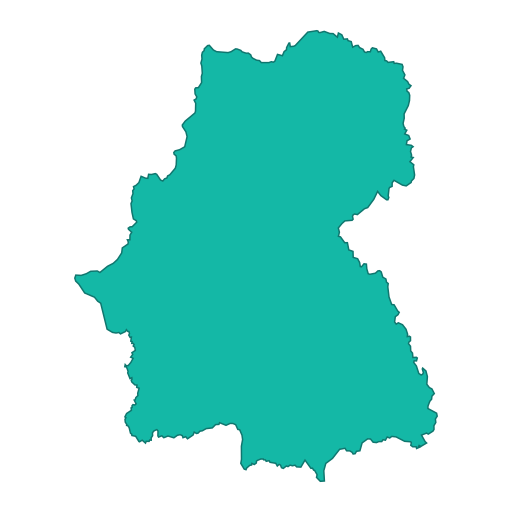 Maevatanana, Betsiboka, Madagascar (Mercator projection)
{"feature_id": "10022922B61824869015313", "entity_name": "Maevatanana", "entity_type": "district", "adm_level": 2, "iso_a3": "MDG", "parent_name": "Madagascar", "parent_adm1": "Betsiboka", "projection": "mercator", "projection_center": [47.013, -17.22], "detail": "fine", "context": "isolated", "style": "filled", "palette": "teal", "viewbox_px": 512, "rotation_deg": 0, "n_neighbors": 0, "source": "geoboundaries", "source_scale": "gbopen_adm2", "svg_char_len": 5999}
<svg xmlns="http://www.w3.org/2000/svg" viewBox="0 0 512 512"><path d="M420.9,446.4L426.6,443.0L425.1,441.6L421.5,435.1L426.5,433.1L428.3,434.1L433.0,431.1L434.0,429.4L433.9,425.7L435.8,422.5L435.4,419.0L437.2,416.2L436.6,413.2L427.9,408.5L428.0,406.0L429.8,401.3L431.6,399.2L431.9,396.2L434.3,393.6L431.9,388.9L429.4,387.6L426.8,384.2L427.4,376.6L425.9,370.9L422.7,368.1L422.3,369.0L423.4,372.8L422.6,374.2L421.2,375.0L418.8,373.5L416.4,366.0L413.7,362.4L414.2,360.8L416.5,360.9L417.3,358.0L416.4,357.3L412.9,357.5L412.5,353.1L410.7,350.9L410.5,346.2L408.5,343.7L408.8,342.2L410.5,340.7L410.5,337.0L409.3,336.2L407.3,336.6L407.6,334.2L406.0,329.2L402.5,324.7L398.3,322.8L396.2,324.1L394.6,322.0L395.3,316.7L398.0,314.7L399.2,312.3L397.7,311.0L394.1,304.8L391.7,304.5L389.0,297.0L387.8,286.8L388.2,283.5L386.5,282.2L385.9,279.0L382.8,277.2L381.2,271.9L379.7,270.7L377.9,270.9L375.4,273.2L369.8,274.3L368.2,273.7L366.8,268.9L366.4,264.1L364.0,263.8L361.5,266.8L360.3,266.6L359.6,262.5L357.6,258.7L353.2,257.4L353.0,251.4L348.8,249.9L347.4,242.7L344.7,242.7L340.5,236.9L338.4,236.3L339.4,232.2L338.3,228.0L342.0,223.5L344.9,220.9L352.1,220.3L353.1,219.2L352.5,216.3L353.2,214.8L354.6,214.0L357.4,214.6L364.5,208.7L367.7,207.6L373.8,199.3L377.6,191.4L380.8,195.6L386.6,199.8L387.9,199.8L388.8,197.5L388.2,195.9L389.0,188.5L389.7,187.4L392.1,186.4L392.2,182.7L394.0,180.3L402.4,185.1L406.2,185.9L411.1,182.5L411.5,180.9L413.9,178.5L414.6,175.0L413.4,166.8L413.8,164.8L409.9,161.7L413.2,157.5L411.1,157.0L411.6,155.2L410.5,151.5L411.4,147.9L413.1,146.7L411.3,145.3L406.4,144.6L407.0,140.8L410.1,139.0L408.7,135.5L404.7,133.9L406.8,130.2L404.5,129.1L405.1,128.1L403.9,126.6L403.1,123.4L404.2,118.3L404.1,113.9L408.3,105.6L409.5,100.5L409.7,95.3L408.8,92.6L407.0,91.1L406.7,88.9L409.1,88.3L411.0,85.7L408.9,84.2L407.6,81.6L403.6,78.3L404.9,74.9L402.5,70.4L403.0,66.8L402.1,64.4L396.5,63.2L394.2,63.4L393.7,61.7L388.1,62.4L386.6,60.9L384.9,60.5L384.6,57.7L380.7,51.2L378.2,52.0L376.5,48.9L372.4,47.8L371.2,49.0L370.3,51.8L367.5,51.7L366.3,52.5L364.5,52.0L363.0,49.3L359.6,47.6L358.1,45.4L355.7,45.6L352.7,47.2L351.2,41.6L348.0,40.6L347.4,38.9L343.8,39.2L341.8,34.8L338.4,33.0L337.4,37.2L333.1,33.6L329.8,33.5L324.2,31.4L320.0,32.6L318.6,32.4L318.0,31.1L316.9,30.7L307.8,32.1L295.2,45.6L293.6,46.3L290.3,46.6L289.7,43.0L288.9,43.1L286.6,47.6L286.5,49.7L284.1,51.6L282.4,55.7L277.5,54.4L274.9,61.1L273.4,62.2L271.4,61.7L268.9,62.6L261.3,62.6L259.5,60.6L256.6,60.2L252.9,58.3L251.5,57.0L250.7,54.8L248.3,53.1L246.1,53.2L242.0,51.8L240.8,50.4L237.1,49.0L235.5,48.9L231.1,51.7L228.1,52.6L216.6,51.7L213.4,50.0L209.3,45.3L207.6,45.6L204.3,48.8L204.2,50.5L202.4,52.3L201.7,55.2L202.0,59.0L200.9,63.1L201.8,66.0L202.3,73.4L201.4,76.5L201.6,82.6L198.4,87.6L195.6,87.9L194.8,89.2L195.1,93.9L196.8,96.9L196.1,98.9L194.1,100.1L195.7,103.3L195.5,111.2L194.9,113.0L185.2,121.1L182.3,125.0L182.5,126.6L185.9,131.8L187.1,136.6L184.7,146.8L179.6,149.7L175.1,150.9L173.8,152.5L174.1,154.2L176.1,155.8L176.5,158.1L176.2,165.0L175.3,168.2L169.8,174.8L167.6,175.9L166.9,178.0L164.6,178.8L162.8,181.0L160.6,180.1L156.7,174.3L155.3,173.6L151.4,174.5L148.6,174.3L147.8,178.3L145.6,178.2L141.1,176.3L138.9,182.6L136.1,185.3L133.5,186.6L134.1,188.9L132.7,190.7L133.0,193.6L131.4,197.9L132.1,201.0L131.0,203.6L132.0,212.4L133.4,218.9L136.3,220.7L136.7,222.2L132.2,226.7L130.0,226.9L128.2,228.2L128.5,229.3L131.7,232.2L130.0,235.1L129.9,239.8L127.4,239.8L128.3,242.0L128.0,244.0L122.3,247.9L121.7,252.9L117.5,259.4L113.3,263.3L107.5,266.3L99.9,272.5L97.3,271.0L90.7,271.3L86.4,273.7L81.2,275.4L75.8,275.1L74.8,278.1L75.7,281.1L78.8,284.1L84.7,293.0L94.5,297.2L97.7,301.2L100.7,303.2L107.1,329.2L112.5,332.4L116.0,333.0L119.0,332.5L120.5,333.9L125.5,331.5L126.4,329.7L127.8,331.4L128.9,331.5L129.5,333.7L128.8,335.1L130.1,337.4L131.4,337.1L130.8,341.2L132.1,341.7L131.8,343.4L133.3,343.5L134.1,344.6L133.2,346.0L134.8,347.3L135.3,350.4L131.9,352.7L132.7,354.5L130.7,357.2L133.1,358.3L130.8,362.5L128.2,365.6L126.2,365.7L125.2,364.6L124.8,366.7L126.2,366.8L127.1,368.5L128.1,371.4L127.7,372.9L130.0,378.6L131.8,377.7L132.0,379.3L131.2,380.2L131.8,382.0L134.9,384.9L137.0,385.1L136.7,387.4L139.1,388.2L137.7,393.3L137.9,395.6L135.9,397.5L135.1,399.9L134.2,400.1L136.1,403.8L134.8,405.0L133.0,404.6L132.0,405.8L132.1,407.5L131.1,407.9L131.4,410.3L126.6,413.5L124.9,416.9L125.9,417.7L125.0,419.4L125.3,422.2L126.7,424.3L126.6,425.4L127.6,425.5L129.1,427.5L130.5,433.2L131.6,434.0L131.9,435.5L135.7,436.3L138.9,441.5L139.5,441.8L142.2,440.2L145.5,443.1L146.2,441.3L149.1,441.4L149.7,440.0L151.2,440.2L151.2,437.8L152.6,435.7L152.5,432.7L154.1,430.8L156.8,429.6L158.0,431.0L157.9,435.9L158.6,437.1L161.8,435.8L163.8,437.7L168.0,436.0L173.9,437.8L177.4,435.3L180.1,434.7L182.3,435.6L183.0,437.7L185.7,436.7L187.5,438.8L193.1,435.0L194.2,432.1L196.5,433.5L198.1,433.1L199.9,431.2L202.3,430.8L206.2,428.6L212.3,427.9L215.6,424.6L218.9,424.4L219.6,422.7L226.0,425.3L230.2,423.4L233.0,423.5L235.7,424.7L237.8,429.4L239.7,429.8L242.0,435.2L242.6,439.6L241.4,446.2L241.5,459.3L240.8,463.4L244.2,469.1L246.0,469.7L246.7,468.0L249.7,465.4L251.6,465.0L251.9,463.4L254.3,464.5L256.3,463.0L256.5,461.1L257.2,460.5L260.8,459.0L263.4,459.1L263.6,459.8L265.4,459.9L266.2,461.3L269.1,460.7L270.0,462.3L275.8,463.3L277.3,466.0L279.1,464.4L280.5,465.1L281.5,467.7L283.3,468.4L286.4,466.0L288.0,466.6L290.1,465.1L292.4,465.8L295.0,465.2L296.7,466.9L300.9,467.1L305.0,460.1L310.9,468.3L312.5,468.2L313.6,470.1L314.6,470.4L317.1,474.7L316.5,477.4L320.3,481.3L324.4,481.0L323.8,470.7L325.8,463.4L332.5,458.4L339.6,449.3L345.0,448.3L346.6,450.8L349.8,450.9L352.1,452.3L353.1,454.0L355.1,453.7L356.5,451.3L359.9,450.8L362.1,442.9L367.6,438.9L370.5,439.0L373.1,442.2L376.4,442.6L378.8,441.6L381.7,441.6L383.1,439.7L385.4,440.2L387.2,437.0L389.7,438.0L391.8,436.4L396.1,436.9L404.6,441.3L410.7,441.8L411.3,442.7L410.8,445.3L412.8,446.8L416.2,446.8L416.6,448.5L419.6,447.2L418.5,446.6L419.1,445.4L420.9,446.4Z" fill="#14b8a6" stroke="#0f766e" stroke-width="1.5"/></svg>